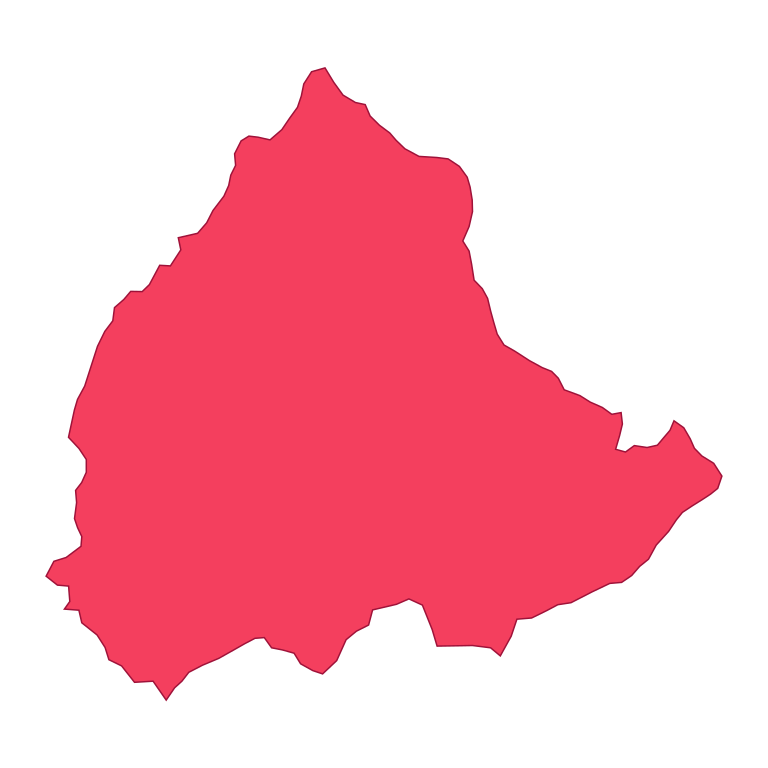 Extrema, Minas Gerais, Brazil (orthographic projection)
{"feature_id": "56859067B84914412130359", "entity_name": "Extrema", "entity_type": "district", "adm_level": 2, "iso_a3": "BRA", "parent_name": "Brazil", "parent_adm1": "Minas Gerais", "projection": "orthographic", "projection_center": [-46.281, -22.812], "detail": "fine", "context": "isolated", "style": "filled", "palette": "rose", "viewbox_px": 768, "rotation_deg": 0, "n_neighbors": 0, "source": "geoboundaries", "source_scale": "gbopen_adm2", "svg_char_len": 2093}
<svg xmlns="http://www.w3.org/2000/svg" viewBox="0 0 768 768"><path d="M529.4,360.6L514.7,351.1L504.0,345.0L497.2,334.1L493.7,322.2L490.7,311.3L487.6,298.4L482.3,288.7L474.1,280.2L471.6,264.2L469.1,251.1L462.8,241.0L469.1,226.5L472.5,211.6L472.2,200.0L470.1,187.1L467.2,177.2L459.4,166.4L448.1,158.9L436.8,157.5L419.0,156.4L404.9,148.8L396.1,140.3L389.8,133.0L379.5,125.3L370.1,116.0L365.2,104.6L355.4,102.5L343.0,95.1L333.8,82.4L325.0,67.9L311.6,71.7L303.8,83.9L301.3,96.1L297.5,107.3L289.7,118.1L281.8,129.7L270.0,139.9L258.1,137.2L248.9,136.1L241.1,140.9L234.6,153.8L235.6,165.4L230.8,175.1L228.7,185.5L223.9,196.2L213.0,210.5L206.7,222.8L197.6,233.3L178.3,237.7L180.8,249.9L170.4,265.9L159.7,265.3L149.4,284.6L142.2,291.6L130.7,291.4L123.8,299.5L114.5,307.6L112.8,320.8L104.8,331.4L97.5,346.3L84.7,386.1L77.5,399.4L74.4,410.0L68.5,437.3L79.0,448.5L86.3,459.5L86.3,472.3L81.7,482.5L75.6,490.4L76.6,502.6L74.5,518.6L77.6,527.7L81.8,536.6L81.0,546.3L66.1,557.5L53.9,561.3L46.1,576.2L57.4,585.1L68.6,586.1L69.8,601.5L64.4,609.1L78.9,610.2L81.8,622.8L97.1,635.0L105.1,647.5L108.9,659.7L121.6,665.9L134.5,682.3L153.1,681.2L166.2,700.1L174.6,687.8L181.9,681.2L188.8,672.3L202.5,665.2L218.7,658.4L233.8,649.9L244.7,643.7L255.0,638.3L264.3,637.6L271.6,647.8L282.3,649.9L294.1,653.2L300.6,663.8L312.8,670.6L322.6,673.9L336.7,660.6L346.1,639.7L356.4,631.2L368.6,625.0L372.6,609.9L396.5,604.3L408.9,598.9L422.4,605.1L432.2,629.6L437.1,646.1L461.8,645.7L472.4,645.5L490.6,647.8L500.3,655.9L511.2,636.2L516.9,619.2L531.6,618.0L546.9,610.5L557.8,604.7L571.0,602.7L592.0,591.9L609.8,583.4L621.6,582.4L631.7,575.5L639.6,566.4L648.5,559.2L656.2,545.1L668.6,531.4L676.4,519.8L682.4,512.4L692.5,505.7L703.0,499.1L710.6,494.1L717.7,488.4L721.9,476.1L713.7,463.3L701.9,456.0L694.4,448.3L690.2,438.8L683.8,427.8L674.0,420.8L670.0,430.3L663.7,437.7L657.4,445.2L647.1,447.5L634.3,445.6L625.5,452.0L615.6,449.3L619.6,435.6L622.4,424.0L621.1,412.6L611.8,414.3L602.4,407.5L590.2,402.1L579.9,395.6L564.2,389.8L558.3,378.2L551.6,371.4L542.2,367.6L529.4,360.6Z" fill="#f43f5e" stroke="#9f1239" stroke-width="1.5"/></svg>